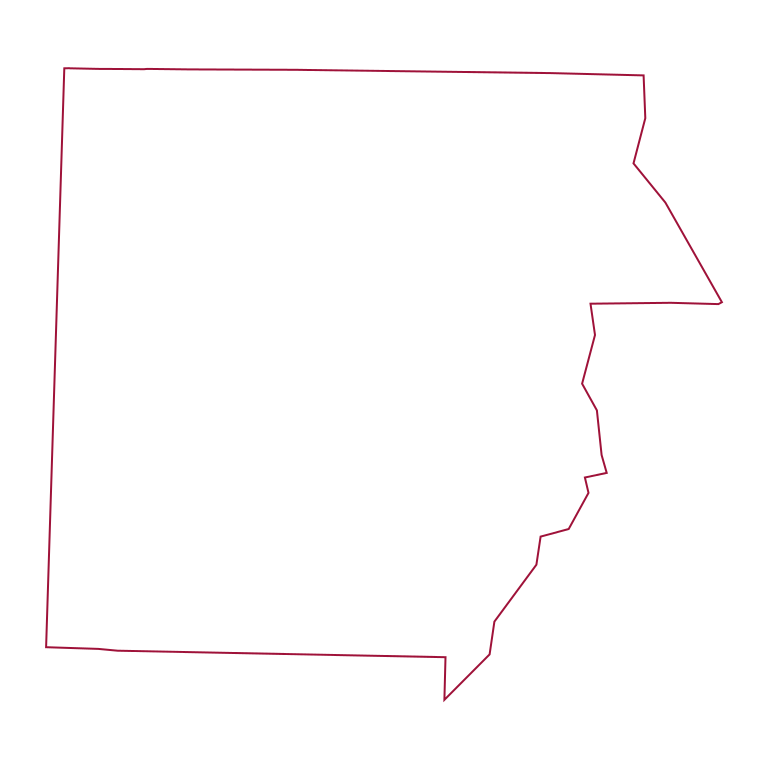 Henry, Tennessee, United States of America (Equal Earth projection)
{"feature_id": "52423323B42706249994053", "entity_name": "Henry", "entity_type": "district", "adm_level": 2, "iso_a3": "USA", "parent_name": "United States of America", "parent_adm1": "Tennessee", "projection": "equal_earth", "projection_center": [-88.245, 36.311], "detail": "fine", "context": "isolated", "style": "outline", "palette": "rose", "viewbox_px": 768, "rotation_deg": 0, "n_neighbors": 0, "source": "geoboundaries", "source_scale": "gbopen_adm2", "svg_char_len": 572}
<svg xmlns="http://www.w3.org/2000/svg" viewBox="0 0 768 768"><path d="M64.3,68.3L46.1,647.2L98.3,648.9L117.6,650.7L445.5,657.2L444.4,699.8L489.6,654.4L494.4,621.6L536.4,564.7L540.6,536.6L568.7,529.0L588.5,492.9L584.9,477.5L606.7,472.9L601.6,455.0L596.9,410.4L582.1,383.7L595.0,335.0L590.5,303.7L670.8,302.8L718.4,304.1L721.9,302.2L665.4,202.6L633.5,163.4L645.3,118.2L643.6,75.4L550.9,73.1L308.9,70.0L302.6,69.9L296.4,69.8L189.4,69.4L147.1,68.9L144.1,69.2L119.0,69.0L98.4,68.9L98.2,68.9L69.8,68.3L69.4,68.2L64.3,68.3Z" fill="none" stroke="#9f1239" stroke-width="2"/></svg>